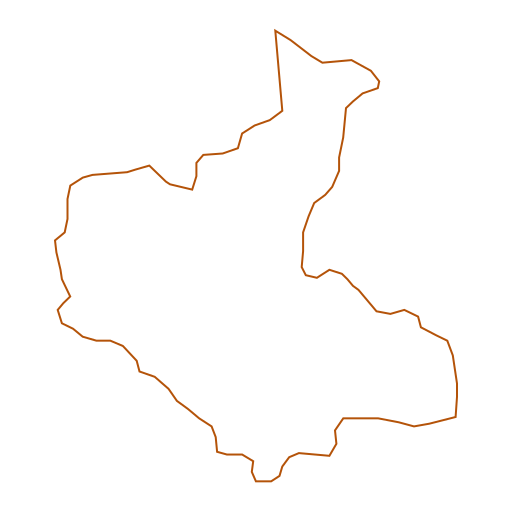 the district of Eumseong-gun, North Chungcheong, South Korea
{"feature_id": "91817680B44245642839981", "entity_name": "Eumseong-gun", "entity_type": "district", "adm_level": 2, "iso_a3": "KOR", "parent_name": "South Korea", "parent_adm1": "North Chungcheong", "projection": "robinson", "projection_center": [127.624, 36.987], "detail": "fine", "context": "isolated", "style": "outline", "palette": "amber", "viewbox_px": 512, "rotation_deg": 0, "n_neighbors": 0, "source": "geoboundaries", "source_scale": "gbopen_adm2", "svg_char_len": 1371}
<svg xmlns="http://www.w3.org/2000/svg" viewBox="0 0 512 512"><path d="M275.3,30.7L280.9,94.8L282.3,110.8L269.8,120.1L254.6,125.5L242.1,133.5L237.9,148.2L222.7,153.5L203.3,154.9L196.4,162.9L196.4,176.2L192.2,189.6L170.0,184.3L165.9,181.6L149.3,165.6L135.4,169.6L127.1,172.2L92.5,174.9L82.8,177.6L70.3,185.6L67.5,199.0L67.5,219.0L64.7,232.4L55.0,240.4L56.4,252.4L60.5,269.8L61.9,279.2L70.2,296.5L63.3,303.2L57.7,309.9L61.9,323.3L73.0,328.7L82.7,336.7L96.5,340.7L110.4,340.7L122.9,346.0L136.7,360.8L139.5,371.5L154.7,376.8L168.6,388.9L176.9,400.9L188.0,409.0L199.1,418.3L211.6,426.4L215.7,437.1L217.1,451.8L226.8,454.5L242.1,454.5L253.2,461.2L251.8,471.9L255.9,481.3L271.2,481.3L279.5,475.9L282.3,466.5L289.2,457.2L298.9,453.1L329.4,455.8L336.4,443.8L335.0,430.4L343.3,418.3L358.6,418.3L378.0,418.3L398.8,422.3L414.0,426.4L429.3,423.7L455.6,417.0L457.0,396.9L457.0,383.5L452.8,355.4L447.9,342.3L447.3,340.7L436.2,335.3L420.9,327.3L418.1,316.6L404.3,309.9L390.4,313.9L376.5,311.3L358.5,289.9L353.0,285.9L347.4,279.2L341.9,273.8L329.4,269.8L316.9,277.8L305.8,275.2L301.7,267.1L303.1,251.1L303.1,232.4L308.6,216.3L314.2,203.0L325.2,194.9L332.2,186.9L339.1,170.9L339.1,157.5L343.2,137.5L344.6,122.8L346.0,108.1L352.9,101.5L362.6,93.4L377.8,88.1L379.2,81.4L370.9,70.8L351.5,60.1L322.4,62.7L311.4,56.1L290.6,40.1L275.3,30.7Z" fill="none" stroke="#b45309" stroke-width="2"/></svg>